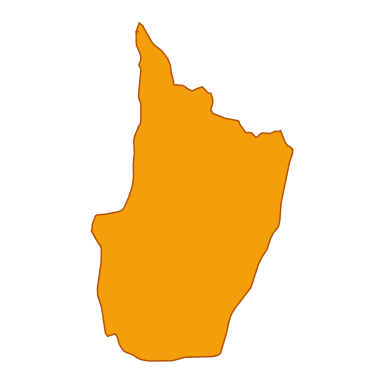 the border of Upper Demerara-Berbice
{"feature_id": "GUY-673", "entity_name": "Upper Demerara-Berbice", "entity_type": "Region", "adm_level": 1, "iso_a3": "GUY", "parent_name": "Guyana", "parent_adm1": "", "projection": "natural_earth1", "projection_center": [-58.308, 5.539], "detail": "fine", "context": "isolated", "style": "filled", "palette": "amber", "viewbox_px": 384, "rotation_deg": 0, "n_neighbors": 0, "source": "natural_earth", "source_scale": "10m", "svg_char_len": 1941}
<svg xmlns="http://www.w3.org/2000/svg" viewBox="0 0 384 384"><path d="M135.9,31.9L137.7,31.7L136.5,30.6L139.2,23.3L139.2,23.0L142.5,25.5L151.4,41.3L153.4,44.0L155.0,45.7L161.4,50.3L167.5,58.3L169.4,62.6L170.3,65.6L170.7,67.5L170.8,69.0L170.8,70.2L171.0,71.4L173.6,81.6L173.6,82.6L173.4,84.2L173.9,84.6L174.7,84.8L181.7,85.3L183.4,85.9L184.7,86.5L187.4,88.6L191.6,90.7L192.4,90.6L193.7,90.4L196.4,88.8L202.3,86.9L207.6,92.4L208.6,93.0L210.9,93.3L212.7,99.3L212.8,102.5L210.8,109.9L212.6,113.1L214.8,114.3L225.5,118.4L230.5,119.4L231.7,119.5L238.4,120.8L239.1,122.0L240.2,125.1L241.9,127.0L244.9,131.7L246.0,132.4L247.3,132.6L248.8,132.5L251.0,132.7L252.5,133.7L255.3,136.9L256.5,137.2L257.6,136.8L258.6,135.7L259.4,134.6L260.7,133.6L262.6,133.0L269.7,133.5L270.9,133.2L274.5,131.6L275.6,131.3L278.8,131.4L280.6,130.7L285.4,142.8L287.9,146.0L290.0,146.6L292.5,149.2L292.7,150.8L292.7,152.4L292.4,153.8L289.5,162.2L281.1,202.9L279.8,220.4L279.1,224.3L278.2,227.1L273.2,233.2L270.7,238.2L266.9,249.7L261.8,257.5L258.5,264.2L250.8,287.8L235.4,307.7L231.4,314.1L228.9,321.6L226.5,333.0L220.3,353.6L217.5,355.4L212.6,356.6L186.2,357.2L183.9,357.6L172.3,360.7L148.6,361.0L141.2,359.6L138.0,358.3L135.7,356.8L134.6,355.9L133.0,354.9L126.2,352.4L125.5,351.9L123.2,350.5L119.4,344.5L117.2,336.7L114.9,333.9L107.7,336.3L105.5,333.2L101.5,307.2L97.7,295.6L97.4,288.1L101.2,261.8L101.4,248.6L100.4,245.8L98.6,243.7L91.3,230.8L92.0,229.5L92.1,228.1L92.1,226.4L92.3,224.4L92.8,222.6L94.2,219.6L95.4,215.9L97.6,214.7L104.1,214.4L117.7,211.9L121.5,210.6L124.3,207.3L127.8,199.3L130.7,191.8L132.6,184.4L133.5,176.7L133.3,164.1L134.4,152.4L133.8,140.9L134.4,136.8L138.3,127.1L140.4,123.7L140.9,119.3L140.9,104.4L140.4,102.5L138.7,98.0L138.6,94.2L140.9,69.9L140.4,68.1L139.5,66.5L138.9,65.0L139.3,63.6L140.0,62.4L140.5,60.8L140.8,59.1L140.9,57.5L140.3,54.3L136.6,45.6L136.2,42.0L136.2,33.9L135.9,31.9Z" fill="#f59e0b" stroke="#b45309" stroke-width="1.5"/></svg>